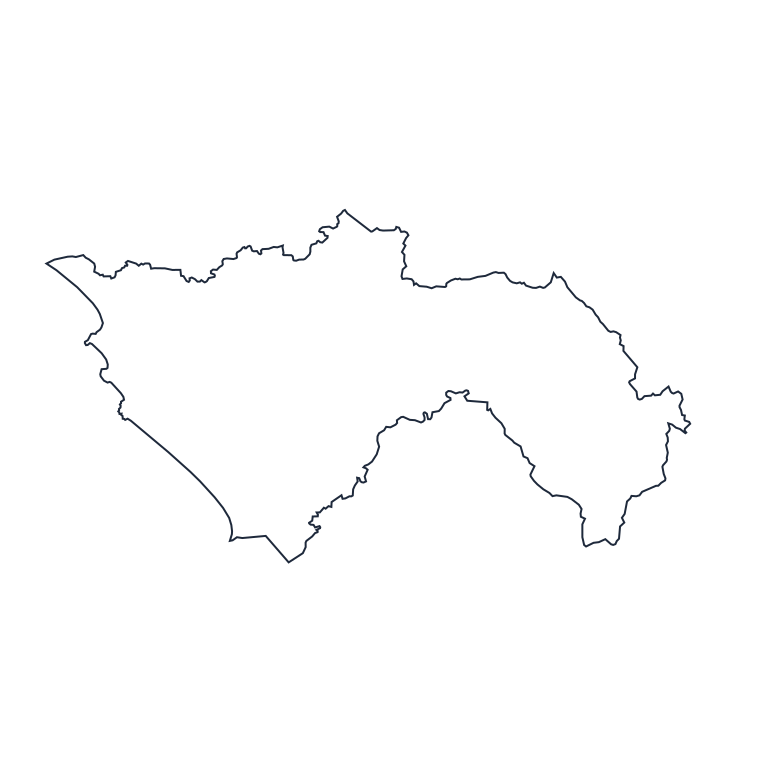 the district of Phu Cat, Bình Định, Vietnam, rotated 160°
{"feature_id": "81297802B92234400822922", "entity_name": "Phu Cat", "entity_type": "district", "adm_level": 2, "iso_a3": "VNM", "parent_name": "Vietnam", "parent_adm1": "Bình Định", "projection": "orthographic", "projection_center": [109.072, 14.062], "detail": "fine", "context": "isolated", "style": "outline", "palette": "slate", "viewbox_px": 768, "rotation_deg": 160, "n_neighbors": 0, "source": "geoboundaries", "source_scale": "gbopen_adm2", "svg_char_len": 6166}
<svg xmlns="http://www.w3.org/2000/svg" viewBox="0 0 768 768"><g transform="rotate(160 384 384)"><path d="M536.3,560.9L543.9,563.6L550.3,567.6L560.3,571.4L563.4,572.0L563.0,576.1L563.6,577.6L567.4,579.0L569.5,578.6L570.9,580.1L574.0,579.0L575.7,581.9L582.5,587.2L585.1,586.5L584.4,583.7L584.9,583.0L586.9,583.7L588.2,582.4L590.6,582.5L592.3,580.9L597.6,581.1L599.1,577.9L600.7,576.4L604.2,576.4L604.3,578.9L610.7,581.0L610.9,582.9L613.7,583.3L614.5,585.2L617.9,588.7L615.4,593.0L615.1,596.3L618.7,602.1L621.1,604.7L622.5,608.0L630.1,608.7L633.2,610.5L637.7,611.8L651.2,613.6L660.0,612.6L652.9,603.0L639.2,579.9L630.0,559.5L627.8,551.9L627.1,547.0L627.3,537.4L630.2,533.8L632.3,532.2L636.4,531.0L637.8,529.7L640.6,531.0L642.2,531.1L647.3,526.5L650.6,525.9L651.1,524.8L650.7,522.4L649.1,522.0L646.4,523.0L644.7,521.4L638.8,509.5L636.7,502.0L636.9,496.8L638.3,493.7L639.6,493.2L644.3,494.5L647.3,490.2L647.6,488.1L646.0,482.9L643.3,479.9L641.1,479.8L639.8,478.5L634.4,465.4L633.3,461.1L633.7,458.1L637.2,457.3L637.7,455.8L639.2,455.1L638.9,453.6L639.7,452.0L641.6,451.2L641.9,449.9L643.1,449.1L642.5,448.0L642.8,446.3L640.8,445.9L641.5,444.8L640.6,443.4L641.4,440.7L640.0,440.0L639.5,438.8L636.8,439.1L634.4,436.0L610.0,393.8L595.9,367.5L590.1,355.4L581.9,335.5L577.6,322.6L575.3,311.1L575.7,303.7L577.1,297.7L578.3,294.9L582.5,289.3L579.7,288.9L574.6,290.3L569.8,287.7L547.1,281.7L534.6,249.0L518.1,252.8L513.4,257.5L511.9,261.8L510.6,263.1L503.6,265.3L499.8,267.5L497.1,267.5L496.6,268.5L497.4,270.0L493.4,270.4L492.9,271.2L493.2,272.5L497.8,272.8L498.4,275.7L501.1,277.0L502.0,278.6L501.9,279.2L498.2,280.1L496.3,283.9L491.5,282.3L490.8,283.7L491.2,286.3L488.2,285.3L482.8,288.3L481.5,286.8L477.9,288.2L475.5,286.5L473.6,291.0L462.0,294.0L462.2,290.3L459.4,289.7L454.9,290.3L453.1,289.6L451.5,289.9L449.0,295.6L446.1,298.6L442.1,301.4L441.3,305.1L439.5,304.0L439.4,300.6L438.5,299.3L436.9,298.4L434.2,298.6L433.8,303.7L428.7,309.0L429.8,311.0L431.8,312.7L430.0,313.7L426.2,313.8L421.8,315.2L414.9,320.4L410.0,326.8L409.7,332.9L408.0,337.0L405.5,339.4L399.7,340.5L396.6,343.0L392.8,341.1L387.0,341.8L385.0,342.9L384.3,345.5L379.2,347.0L377.2,346.6L372.0,341.5L367.3,339.4L362.4,335.2L360.3,335.3L358.2,336.3L357.3,338.7L357.2,342.4L356.4,343.4L355.3,343.4L353.9,341.4L354.6,335.9L352.6,335.1L350.8,336.3L348.1,340.9L341.7,339.8L338.7,341.3L333.7,345.3L326.9,346.3L326.4,348.1L329.0,350.7L329.3,352.5L328.5,354.6L325.9,355.4L323.6,354.3L319.7,350.6L315.8,350.4L313.1,349.1L309.8,350.0L308.5,349.8L307.4,348.8L307.6,346.2L312.6,344.9L311.5,339.8L293.1,331.4L295.9,324.4L295.1,323.6L292.6,324.2L292.5,319.4L290.8,314.2L287.1,307.0L285.9,300.6L287.6,296.2L287.4,294.6L282.7,287.0L281.7,284.3L277.0,278.6L277.7,268.2L274.5,265.2L274.2,259.9L270.7,255.3L277.4,248.8L277.7,247.1L276.2,241.7L274.2,237.2L270.3,230.6L265.8,225.0L264.0,221.0L260.1,220.4L250.3,215.2L247.0,211.5L242.2,203.9L241.1,199.0L243.6,195.0L244.4,191.9L241.2,188.7L245.6,184.3L250.0,172.2L251.0,164.3L249.7,162.2L241.4,163.1L236.2,161.9L229.1,162.5L225.4,155.7L223.7,154.4L221.3,154.4L219.0,156.8L216.1,158.2L210.9,169.4L205.6,171.6L206.2,176.9L202.3,179.6L195.8,190.5L191.7,192.2L189.7,194.2L185.3,192.2L182.0,192.0L178.3,194.4L163.3,195.3L161.0,194.6L157.4,196.3L152.8,197.3L151.8,199.1L151.9,203.8L150.7,211.0L149.6,212.2L145.1,214.6L143.9,216.1L143.6,217.8L140.8,222.4L139.8,230.2L136.8,233.0L135.7,236.7L135.8,240.5L132.0,242.4L130.7,244.2L130.3,249.8L127.1,247.3L124.6,243.1L121.2,240.4L117.6,234.7L116.6,235.0L117.4,237.5L116.5,239.1L109.9,241.9L110.2,244.0L113.8,246.8L113.8,248.2L112.1,251.5L114.5,252.9L113.8,258.0L114.2,261.2L113.7,262.6L108.7,267.3L108.0,273.1L110.2,276.4L115.1,276.0L116.3,276.9L117.2,278.7L117.5,284.3L124.7,281.9L128.1,279.4L133.3,280.7L134.5,283.0L137.0,281.7L143.4,283.5L146.8,281.8L149.0,281.9L150.3,283.0L150.6,284.6L149.3,290.5L152.9,299.8L153.1,301.7L152.2,302.6L146.2,303.4L144.8,307.2L140.2,313.1L147.7,333.2L145.9,337.7L148.8,340.8L146.6,344.0L146.4,346.9L145.0,349.1L148.1,353.3L150.4,355.0L153.2,355.4L155.0,357.3L157.8,365.5L159.4,368.5L160.0,373.5L161.4,376.8L162.5,382.5L164.7,385.8L167.3,387.8L168.3,391.7L169.7,394.4L171.2,395.5L174.1,399.8L178.6,412.2L178.9,418.3L181.2,424.2L185.2,424.9L186.6,430.2L192.5,422.5L199.8,419.7L201.6,419.9L204.2,422.2L208.3,422.3L211.4,423.6L216.9,427.9L217.9,431.3L220.2,431.1L221.4,433.0L224.8,433.2L228.4,435.5L230.3,437.8L231.8,441.9L232.2,445.7L233.3,447.6L238.4,449.2L240.6,450.9L243.1,451.3L251.7,450.9L259.2,452.6L267.6,453.0L275.6,455.8L276.7,457.2L278.9,457.2L280.9,458.5L285.7,458.4L290.3,457.4L291.1,456.9L292.2,454.5L293.5,454.3L301.5,457.9L306.5,457.7L310.6,460.8L317.3,463.9L319.4,467.6L321.9,466.9L321.2,470.3L322.2,473.0L326.5,475.4L330.7,476.4L330.7,479.2L327.2,485.3L322.8,487.0L323.2,492.4L320.6,498.4L322.0,501.9L316.5,506.7L317.8,509.4L313.3,513.6L310.2,515.4L310.7,518.4L312.6,520.3L315.9,521.1L316.4,525.7L318.7,527.4L319.9,525.7L322.1,525.1L332.4,528.5L335.5,530.2L337.3,532.9L342.7,531.4L344.0,531.6L360.1,556.9L361.2,560.9L363.1,560.7L366.0,558.8L370.9,557.2L370.9,552.3L371.8,550.6L373.3,550.2L373.9,548.3L374.6,547.9L378.7,547.5L381.6,550.6L388.1,552.3L391.3,551.4L392.7,549.7L392.0,548.6L388.9,547.4L388.7,543.6L386.3,542.3L387.1,540.7L393.6,538.0L395.4,539.0L396.6,541.0L397.9,541.0L399.5,539.3L404.5,539.6L406.6,537.3L407.9,533.6L409.5,531.3L415.2,528.6L417.0,528.5L421.2,529.9L424.4,529.9L426.4,530.9L426.8,531.6L426.1,535.1L427.0,536.7L434.1,539.4L434.6,540.1L433.6,541.5L432.6,547.2L431.7,548.7L437.5,548.9L440.8,550.5L446.2,550.5L452.1,552.3L453.9,551.5L454.6,548.6L455.8,548.2L457.0,549.2L457.9,552.4L461.0,553.2L462.3,554.4L462.3,558.8L463.1,559.8L465.0,559.8L467.1,558.7L468.1,559.0L468.3,560.4L470.0,560.5L473.0,558.7L477.0,557.9L478.0,556.8L478.8,553.4L479.5,552.8L482.7,552.9L488.6,555.7L491.9,556.3L493.9,554.7L494.5,551.7L495.5,550.8L498.8,550.1L502.1,548.4L505.5,550.0L508.1,549.2L508.7,547.2L505.9,544.9L505.9,543.6L506.7,542.6L512.4,543.5L515.3,541.2L516.9,540.8L517.9,540.9L520.1,544.1L522.0,543.2L524.3,544.0L525.8,547.2L528.2,549.8L530.6,549.8L531.1,547.7L532.6,546.7L534.3,548.3L535.5,553.9L537.7,555.1L536.3,560.9Z" fill="none" stroke="#1e293b" stroke-width="2"/></g></svg>